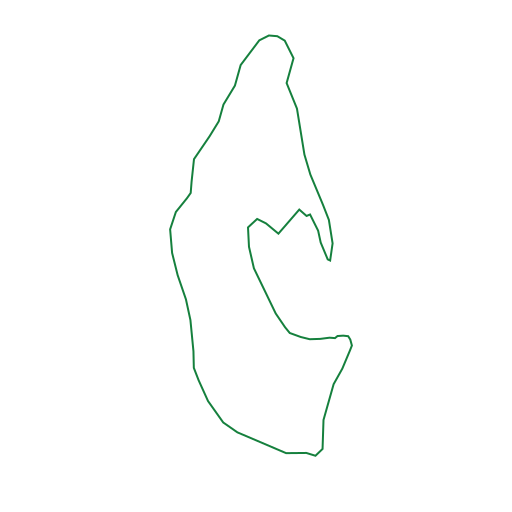 Polowat, Federated States of Micronesia (Equal Earth projection), rotated 164°
{"feature_id": "79324940B94242414509537", "entity_name": "Polowat", "entity_type": "district", "adm_level": 2, "iso_a3": "FSM", "parent_name": "Federated States of Micronesia", "parent_adm1": "", "projection": "equal_earth", "projection_center": [149.197, 7.357], "detail": "fine", "context": "isolated", "style": "outline", "palette": "green", "viewbox_px": 512, "rotation_deg": 164, "n_neighbors": 0, "source": "geoboundaries", "source_scale": "gbopen_adm2", "svg_char_len": 976}
<svg xmlns="http://www.w3.org/2000/svg" viewBox="0 0 512 512"><g transform="rotate(164 256 256)"><path d="M267.6,383.9L288.9,366.2L297.4,345.3L301.4,334.6L306.4,330.6L320.9,320.4L331.2,305.3L335.8,282.1L336.6,259.2L335.3,233.6L336.7,212.5L342.4,181.6L346.6,165.6L345.4,152.3L342.1,129.8L333.4,105.0L322.5,91.6L281.4,58.2L261.9,52.8L253.9,47.6L245.2,52.2L236.3,79.8L216.7,111.4L204.1,123.9L191.8,139.2L188.5,143.5L188.4,149.7L189.5,153.5L194.1,155.4L199.7,156.6L202.7,155.3L207.8,157.2L217.0,158.6L227.3,161.2L235.3,165.8L244.8,172.7L247.7,179.5L252.9,195.3L261.4,244.8L260.2,266.8L255.8,285.7L244.7,291.3L237.4,284.6L228.3,271.3L201.6,288.7L196.4,280.6L192.6,281.0L189.3,263.2L190.1,251.1L188.0,233.0L186.0,231.2L178.9,247.0L176.0,270.6L177.5,286.7L181.3,319.3L181.5,340.1L176.0,386.4L178.9,413.8L165.4,435.8L169.0,455.1L174.9,461.4L182.8,464.4L193.4,462.4L218.1,443.8L229.3,425.6L245.5,410.6L254.7,395.7L267.6,383.9Z" fill="none" stroke="#15803d" stroke-width="2"/></g></svg>